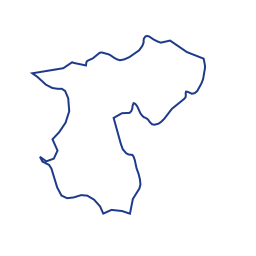 map outline of Durrës (Mercator projection), rotated 343°
{"feature_id": "ALB-1494", "entity_name": "Durrës", "entity_type": "County", "adm_level": 1, "iso_a3": "ALB", "parent_name": "Albania", "parent_adm1": "", "projection": "mercator", "projection_center": [19.648, 41.417], "detail": "fine", "context": "isolated", "style": "outline", "palette": "blue", "viewbox_px": 256, "rotation_deg": 343, "n_neighbors": 0, "source": "natural_earth", "source_scale": "10m", "svg_char_len": 1444}
<svg xmlns="http://www.w3.org/2000/svg" viewBox="0 0 256 256"><g transform="rotate(343 128 128)"><path d="M79.3,202.6L78.4,194.9L74.6,186.6L69.3,180.8L63.6,178.5L55.7,178.5L49.2,177.3L44.6,173.1L42.9,164.1L42.9,144.4L41.7,140.2L36.4,135.2L35.4,129.8L40.1,136.0L48.1,135.6L54.0,129.0L52.5,116.7L60.9,111.9L69.8,104.7L76.7,94.8L79.5,82.1L78.7,74.2L76.2,71.2L72.3,70.0L67.3,67.6L62.2,62.6L56.4,52.8L52.5,47.7L83.6,51.9L93.8,48.8L94.8,49.7L106.1,55.9L107.4,53.0L108.1,52.3L109.4,51.8L114.8,51.1L122.8,47.8L124.8,48.0L130.9,51.8L132.4,53.2L135.5,57.1L137.4,59.0L140.0,60.8L144.5,61.3L150.1,60.6L161.3,57.0L165.7,53.7L168.0,50.7L168.5,48.8L169.4,47.1L171.5,45.5L173.3,45.6L175.2,46.9L178.4,50.9L181.7,54.0L184.4,56.0L193.8,56.7L206.5,72.6L220.6,83.8L220.1,88.9L219.7,91.6L218.7,94.1L214.1,103.2L211.2,106.9L205.0,112.9L201.9,114.2L199.1,113.9L195.7,110.9L194.1,110.2L193.3,111.6L192.9,113.5L192.1,115.3L190.4,116.5L175.6,122.5L165.2,129.9L161.5,131.8L158.4,132.8L154.2,132.6L152.0,131.4L150.5,128.5L149.7,126.0L148.8,124.6L147.8,123.5L146.2,122.2L145.0,120.0L144.2,117.7L143.1,109.8L142.0,107.0L140.6,105.9L138.8,108.2L137.8,110.7L136.0,112.9L133.9,114.0L126.6,112.1L117.2,114.2L116.5,141.2L116.8,146.8L118.8,151.5L120.8,153.5L124.3,155.0L125.0,157.2L125.1,160.8L124.4,169.0L124.7,174.9L124.4,180.5L123.4,185.6L121.2,189.2L111.9,197.3L104.8,210.5L98.1,205.7L88.3,201.5L79.4,202.6L79.3,202.6Z" fill="none" stroke="#1e3a8a" stroke-width="2"/></g></svg>